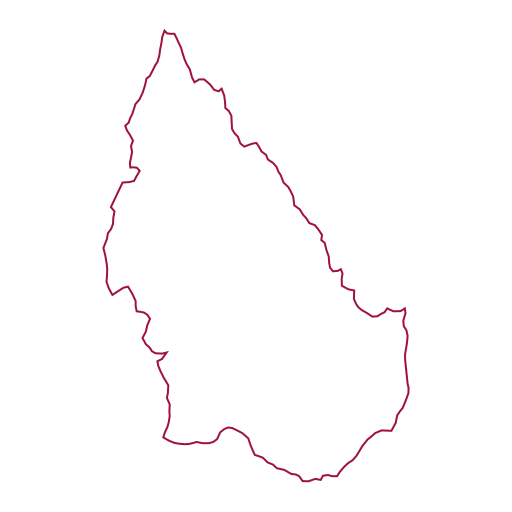 Ribeirão Bonito, São Paulo, Brazil (Equal Earth projection)
{"feature_id": "56859067B30092446236699", "entity_name": "Ribeirão Bonito", "entity_type": "district", "adm_level": 2, "iso_a3": "BRA", "parent_name": "Brazil", "parent_adm1": "São Paulo", "projection": "equal_earth", "projection_center": [-48.189, -22.038], "detail": "fine", "context": "isolated", "style": "outline", "palette": "rose", "viewbox_px": 512, "rotation_deg": 0, "n_neighbors": 0, "source": "geoboundaries", "source_scale": "gbopen_adm2", "svg_char_len": 2890}
<svg xmlns="http://www.w3.org/2000/svg" viewBox="0 0 512 512"><path d="M164.5,30.7L162.3,36.8L161.4,43.1L160.1,49.6L159.2,56.2L157.4,62.0L155.2,65.3L152.8,70.2L149.8,76.0L146.5,78.5L145.1,85.0L142.8,92.4L139.5,99.4L135.4,104.2L134.0,108.8L132.3,113.9L130.1,118.3L128.7,122.6L125.2,125.8L127.0,130.4L130.0,135.0L133.0,140.6L131.0,146.1L132.1,152.0L129.9,163.0L130.3,167.5L133.7,167.3L137.0,167.8L139.7,170.9L136.1,177.0L134.1,180.9L129.3,182.1L122.6,182.5L110.9,207.1L114.5,211.4L113.3,217.8L113.0,224.0L111.1,228.9L107.9,233.3L106.9,239.1L103.4,248.0L105.3,255.6L106.6,263.1L107.2,268.7L107.0,275.4L106.5,281.8L108.8,288.3L112.4,294.9L123.3,287.8L128.0,286.6L132.1,293.4L135.6,300.9L135.7,306.4L136.7,311.3L140.3,311.8L144.1,312.6L147.5,314.9L150.0,318.9L147.3,325.2L145.9,331.5L142.5,338.0L145.9,344.3L149.7,347.7L152.0,351.3L155.6,353.3L162.1,353.6L166.6,352.5L162.1,358.9L157.4,361.3L158.2,365.7L160.4,371.0L163.8,377.8L168.3,385.3L167.9,392.9L166.9,397.9L169.7,404.4L169.4,411.7L169.7,416.3L168.7,422.4L167.4,427.0L164.9,432.3L163.3,437.4L167.0,439.6L170.2,441.2L174.5,442.9L179.1,443.7L184.5,444.2L188.7,444.0L193.1,443.0L196.5,442.0L203.0,443.2L209.1,443.2L213.5,441.8L217.1,439.1L220.2,432.3L224.3,429.1L228.1,427.5L232.1,428.0L236.1,429.9L242.3,433.1L248.3,438.4L250.5,445.1L252.7,450.3L254.8,454.9L258.6,456.1L263.0,457.8L267.6,462.4L273.0,464.6L276.8,468.2L284.3,469.9L291.4,474.0L295.9,474.5L299.2,476.2L302.6,481.1L308.4,481.3L315.2,478.9L320.7,479.9L323.0,475.7L328.1,475.0L332.2,476.2L337.1,476.2L340.0,471.6L344.3,466.7L347.9,463.3L352.6,460.2L356.1,456.3L358.8,452.0L362.4,446.0L367.5,439.6L371.7,436.2L375.3,433.0L381.7,430.4L386.3,430.6L391.4,430.8L395.7,422.9L397.2,415.4L399.8,411.5L402.7,407.9L406.0,399.9L408.4,393.2L408.6,388.0L407.6,383.8L406.8,375.9L406.0,368.3L405.1,359.1L405.1,353.8L406.2,347.7L407.1,341.9L407.6,335.8L406.4,330.2L403.8,326.2L403.3,320.5L405.5,313.3L404.8,308.4L400.6,311.1L393.4,311.3L387.2,308.4L384.5,312.3L381.4,313.7L377.3,316.3L372.3,316.6L367.2,313.2L361.5,309.9L358.3,307.2L356.1,303.9L353.9,299.0L354.2,290.5L348.4,289.3L341.9,285.8L341.7,278.8L342.5,273.4L340.8,269.2L337.7,270.9L333.0,271.3L330.1,267.7L329.2,263.1L328.7,256.3L326.5,250.2L324.7,242.9L321.3,240.1L322.0,234.9L318.0,228.9L314.8,225.1L309.3,223.1L306.3,218.3L303.2,214.9L299.7,209.3L294.3,205.4L293.2,196.6L290.5,190.9L288.4,187.2L283.5,182.5L280.8,175.3L278.4,171.7L276.7,167.2L273.0,162.9L267.9,159.5L266.1,154.9L261.5,151.5L258.9,146.6L256.4,143.0L252.9,143.5L248.8,144.9L244.3,146.6L240.4,143.5L237.9,136.7L234.6,133.3L232.1,129.2L231.7,123.2L231.4,115.9L228.8,111.0L225.4,108.1L225.0,101.7L224.2,95.5L221.6,88.7L218.7,91.3L214.2,89.9L210.1,84.5L204.2,79.4L199.2,79.4L194.5,82.3L192.1,77.7L189.8,69.3L186.7,64.2L184.7,59.7L182.6,53.3L181.0,47.6L178.4,42.2L176.6,38.2L174.4,33.8L170.7,33.8L167.1,33.4L164.5,30.7Z" fill="none" stroke="#9f1239" stroke-width="2"/></svg>